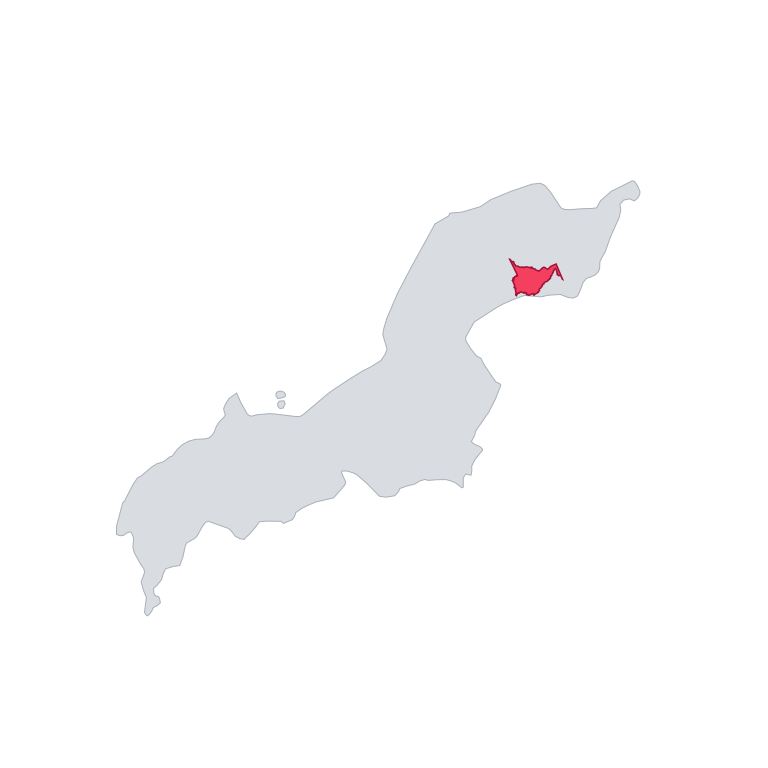 location of Neno, Neno, Malawi, rotated 245°
{"feature_id": "42251766B14168102698524", "entity_name": "Neno", "entity_type": "district", "adm_level": 2, "iso_a3": "MWI", "parent_name": "Malawi", "parent_adm1": "Neno", "projection": "albers", "projection_center": [34.695, -15.51], "detail": "fine", "context": "in_parent", "style": "filled", "palette": "rose", "viewbox_px": 768, "rotation_deg": 245, "n_neighbors": 0, "source": "geoboundaries", "source_scale": "gbopen_adm2", "svg_char_len": 8229}
<svg xmlns="http://www.w3.org/2000/svg" viewBox="0 0 768 768"><g transform="rotate(245 384 384)"><path d="M299.2,444.6L294.9,438.8L291.4,440.3L286.6,444.5L284.0,445.6L282.7,445.5L281.8,444.5L280.7,441.8L276.9,434.3L272.7,428.9L268.2,426.9L264.6,424.4L266.1,422.0L267.8,420.3L267.1,418.5L265.0,415.9L257.1,412.3L257.0,410.6L263.9,407.3L268.2,403.4L271.2,399.7L274.9,391.5L277.9,383.4L280.2,380.8L281.0,375.4L280.4,369.3L281.9,361.6L282.6,354.3L280.2,351.5L278.2,346.6L280.5,338.2L284.1,332.5L301.7,326.3L313.9,320.8L316.5,318.4L320.7,313.8L322.9,309.3L321.3,307.9L311.6,307.9L309.2,306.1L302.1,290.3L305.9,272.1L306.2,264.9L306.0,256.1L304.7,249.6L301.7,246.9L299.8,243.5L300.2,234.0L303.0,232.8L309.1,220.2L311.8,212.8L308.5,207.0L304.8,198.5L303.1,193.2L302.2,191.5L304.7,188.1L308.8,184.9L313.5,184.0L318.4,182.4L333.9,166.7L334.1,163.7L331.2,158.5L325.4,150.7L324.1,147.4L323.3,138.0L321.0,135.2L312.4,128.8L305.8,122.2L307.8,115.4L308.8,107.9L305.6,103.9L300.7,99.7L297.6,93.5L296.2,88.9L292.4,87.1L288.9,87.1L286.3,90.0L283.5,89.7L280.1,88.8L279.0,84.8L278.8,80.5L276.4,77.6L274.2,73.6L273.9,71.4L275.3,70.8L278.2,70.4L290.9,78.4L298.5,78.8L307.1,80.2L314.4,87.4L318.1,88.3L322.9,87.3L336.6,86.4L342.2,87.4L349.3,91.6L352.1,92.2L356.5,92.3L357.3,91.2L357.7,88.7L356.9,83.7L357.9,81.0L360.6,78.0L368.1,81.4L386.9,97.1L387.4,99.1L399.4,114.6L403.2,121.2L403.2,124.7L406.9,138.3L407.7,144.6L406.9,149.5L407.1,153.4L408.5,158.9L408.0,161.2L412.3,169.4L414.3,176.2L414.7,182.9L413.6,189.4L409.8,198.9L409.2,202.7L410.0,206.2L412.4,210.0L416.4,214.1L419.5,219.0L421.5,224.8L423.3,227.4L425.4,227.3L429.4,228.2L432.6,231.6L436.3,237.3L437.5,243.8L438.1,246.6L427.5,246.4L414.1,247.4L410.9,250.0L409.9,255.6L405.7,267.3L403.4,271.6L398.5,279.5L391.6,290.6L390.1,294.2L390.4,297.9L394.5,312.9L398.8,328.7L400.1,334.9L403.2,355.9L404.9,370.8L405.1,379.5L406.6,391.2L410.4,397.5L414.3,401.5L429.3,403.8L433.7,406.7L442.2,414.2L460.6,434.8L470.7,448.0L479.5,459.6L495.3,481.2L507.6,497.9L509.0,513.6L511.0,515.9L506.8,527.5L504.0,546.2L505.9,558.7L505.0,579.9L502.6,602.5L499.8,610.6L496.1,613.6L487.6,616.0L468.8,618.8L465.9,621.4L463.5,625.8L459.7,636.2L455.2,646.7L453.8,651.2L454.6,652.3L458.6,657.7L462.6,671.4L463.2,694.9L461.8,696.6L456.3,697.6L450.3,697.3L447.9,696.0L445.7,693.3L444.1,688.3L448.0,684.8L449.4,678.7L446.9,673.5L441.9,672.3L435.5,667.5L421.9,651.7L410.6,640.7L404.0,631.6L397.2,628.0L395.2,625.7L393.6,621.9L393.6,616.3L394.2,612.2L392.0,607.6L385.2,600.5L382.0,596.6L381.9,591.8L384.7,587.3L390.6,581.7L395.0,570.5L396.6,563.2L404.9,548.6L406.0,535.9L406.2,525.7L405.7,518.1L403.5,502.5L402.0,491.8L391.8,477.7L388.4,476.4L378.7,477.6L370.3,479.7L366.2,482.7L359.9,482.8L343.5,485.3L338.4,486.4L335.4,489.0L333.7,489.5L323.3,478.7L314.2,467.0L302.5,447.0L299.2,444.6ZM418.9,289.8L416.1,290.4L414.3,289.0L414.8,284.6L415.8,281.5L418.6,281.0L420.5,281.8L421.8,283.3L421.8,285.6L421.0,287.9L418.9,289.8ZM412.7,281.9L411.1,286.2L407.8,286.1L404.8,282.3L405.7,279.3L408.7,278.4L411.3,279.5L412.7,281.9Z" fill="#d9dde1" stroke="#a8b0b8" stroke-width="1"/><path d="M426.0,550.8L425.7,550.7L425.7,550.4L425.5,550.2L425.5,549.9L425.8,549.8L425.9,549.6L426.1,549.5L426.0,549.3L426.1,549.2L425.9,548.9L426.0,548.7L426.0,548.0L426.0,547.9L425.9,547.7L425.5,547.4L425.4,547.3L425.4,546.9L425.4,546.5L425.5,546.4L425.6,546.2L425.5,545.9L425.3,545.9L425.0,546.1L425.0,545.9L425.0,545.7L424.3,545.7L424.1,545.7L424.3,545.5L424.3,545.4L424.4,545.2L424.3,544.9L424.1,544.9L423.9,544.8L423.8,544.7L423.6,544.7L423.4,544.6L423.4,544.2L423.0,544.4L422.9,544.3L422.7,544.3L422.6,544.2L422.1,544.1L421.7,544.1L421.5,544.3L420.7,544.1L420.4,544.2L419.9,544.1L419.7,544.0L419.3,544.1L419.2,544.0L418.9,544.1L418.2,544.0L417.7,543.9L417.1,543.5L416.9,543.1L416.9,542.9L416.7,542.8L416.4,542.9L416.2,542.8L415.7,543.5L415.4,543.6L415.2,543.9L414.9,543.8L414.9,543.5L414.7,543.2L414.2,543.1L414.0,542.8L413.8,542.8L413.5,542.9L413.4,542.9L412.9,542.8L412.7,542.6L412.4,542.4L412.1,542.4L411.5,542.4L410.9,542.2L410.1,541.6L409.8,541.6L409.7,541.6L409.5,541.3L409.3,541.3L409.1,541.0L408.9,541.0L408.7,541.0L408.3,541.3L408.8,541.5L408.7,541.6L408.7,542.0L408.8,542.4L409.1,542.6L409.3,543.1L409.7,543.3L409.8,543.5L409.8,543.8L409.7,544.1L409.7,544.3L409.4,544.4L409.4,544.6L409.3,545.2L409.5,545.3L409.7,546.1L409.5,546.7L409.4,547.0L409.5,547.3L409.4,547.4L409.2,547.5L408.6,548.0L408.4,548.4L408.0,548.6L407.7,548.9L407.5,549.0L407.2,549.3L407.3,549.4L407.5,549.5L407.6,549.8L407.6,550.5L407.2,550.6L406.8,550.6L406.4,550.8L406.3,551.5L406.1,551.7L405.9,551.6L405.4,551.3L405.0,550.9L404.9,550.9L404.6,551.0L404.3,551.4L404.2,551.9L404.2,552.2L403.9,552.3L403.4,552.4L403.3,552.6L403.2,552.9L403.2,553.7L403.0,554.6L403.1,555.0L403.3,555.6L403.0,556.0L402.9,556.5L402.9,557.2L402.9,557.4L402.4,557.8L402.2,557.6L401.5,557.4L401.3,557.3L401.2,557.4L401.1,557.5L401.6,559.2L401.7,559.6L401.7,560.4L401.6,560.6L401.6,560.8L401.5,561.0L401.9,561.6L402.0,561.6L402.1,561.9L402.1,562.0L401.9,562.5L402.0,562.5L402.3,562.9L402.5,563.1L402.6,563.3L402.8,563.7L402.9,563.8L403.0,563.9L403.0,564.1L402.9,564.4L403.6,564.6L404.0,564.8L404.3,564.7L404.4,564.8L404.6,565.2L404.8,565.4L404.8,565.5L404.7,566.1L404.7,566.6L404.8,566.8L405.2,567.3L405.3,567.6L405.4,568.0L405.7,568.4L405.8,568.6L406.0,569.0L406.7,569.0L406.8,569.1L406.9,569.3L407.2,569.7L407.2,569.9L407.1,570.2L407.2,570.5L407.1,570.8L407.2,571.1L407.2,571.3L407.5,571.4L407.7,571.5L407.8,571.7L407.9,572.0L408.1,572.0L408.3,572.5L408.3,573.3L408.1,574.2L408.1,574.4L408.3,574.8L408.3,575.0L408.2,575.4L408.2,575.8L408.2,576.0L408.4,576.2L408.5,576.5L408.8,576.5L408.8,577.0L408.8,577.3L409.0,577.6L408.9,578.1L409.0,578.2L409.4,578.4L409.5,578.5L409.4,578.7L409.3,579.1L409.3,579.3L409.8,579.7L410.1,580.0L410.3,580.0L410.6,580.0L410.8,580.1L410.8,580.4L410.9,580.5L411.1,580.4L411.3,580.6L411.6,581.1L411.5,581.4L411.3,581.4L411.4,581.6L411.6,581.8L412.0,582.3L412.6,582.9L413.1,583.6L413.5,583.8L413.6,584.0L413.5,584.3L413.6,584.5L414.0,584.6L414.2,585.0L414.8,585.4L415.1,585.7L415.2,585.9L415.1,586.1L415.2,586.3L415.3,586.4L415.5,586.4L415.8,586.6L415.9,586.8L416.0,587.0L416.1,587.5L416.2,587.9L416.2,588.1L415.6,588.3L414.8,588.5L414.3,588.3L414.0,588.4L413.7,588.4L413.4,588.2L413.1,588.0L412.9,588.1L412.4,587.8L412.1,587.9L411.9,587.9L411.7,587.9L411.1,587.6L410.6,587.6L410.3,587.4L409.9,587.1L409.7,587.2L409.5,587.4L409.0,588.0L408.7,588.1L408.4,588.1L407.9,589.4L407.6,589.9L407.6,590.0L406.8,590.0L406.5,590.0L405.2,590.0L404.7,589.8L404.2,589.9L403.8,589.9L403.5,590.1L420.0,590.7L419.9,590.3L420.1,589.6L420.1,589.0L420.0,588.6L420.1,588.3L420.2,588.0L420.1,587.1L420.1,586.4L420.0,585.8L420.2,585.3L420.2,585.2L419.9,584.1L419.8,583.8L419.6,583.5L419.3,583.1L419.4,582.8L419.2,582.3L419.1,582.0L418.8,581.1L419.0,580.7L419.4,580.4L419.5,580.2L419.8,579.9L420.5,579.6L421.1,579.3L421.6,579.0L421.8,578.8L422.3,578.0L422.3,577.8L422.3,576.9L421.8,575.3L421.7,575.3L421.6,574.9L421.3,574.3L421.3,573.7L421.1,573.1L420.9,572.1L421.1,571.8L421.1,571.6L421.4,571.6L421.5,571.4L422.1,570.9L422.6,570.4L423.6,569.6L424.0,569.7L424.3,569.6L424.4,569.4L424.6,569.0L424.7,568.9L425.3,568.5L425.9,567.6L426.1,567.5L426.4,567.5L426.6,567.2L426.7,567.5L426.8,567.6L427.5,567.3L427.6,566.9L427.8,566.5L427.8,566.4L427.7,566.3L427.4,566.2L427.4,565.8L427.5,565.6L427.9,565.2L428.2,565.0L428.8,564.2L429.2,563.6L429.7,563.2L429.8,563.0L429.9,562.9L429.9,562.4L429.9,562.1L430.4,561.3L430.4,561.1L430.4,560.9L430.2,560.8L430.2,560.7L430.3,560.1L430.7,560.1L430.8,560.0L431.3,559.1L431.8,558.4L431.8,558.2L431.6,558.1L432.1,557.1L432.4,556.8L432.5,556.4L432.6,556.2L432.8,556.0L433.0,556.0L433.3,555.7L433.6,555.7L433.9,555.5L434.2,555.1L434.6,554.5L434.9,553.7L435.0,553.5L435.2,553.4L435.5,553.4L436.4,553.2L436.6,553.3L436.9,553.1L437.1,552.7L437.3,552.7L437.9,552.9L438.0,552.9L438.2,552.7L438.4,552.7L438.8,552.9L439.1,553.0L439.7,553.2L439.9,553.2L440.1,553.1L440.1,552.8L440.3,552.3L440.3,552.2L440.6,552.0L441.2,551.8L441.4,551.4L441.7,551.2L441.9,551.1L442.2,551.2L442.3,551.1L442.4,550.8L442.5,550.7L442.8,550.8L443.1,551.0L443.4,551.1L443.8,550.9L444.0,550.6L434.4,550.8L432.7,550.8L428.6,550.9L426.0,550.8Z" fill="#f43f5e" stroke="#9f1239" stroke-width="1.5"/></g></svg>